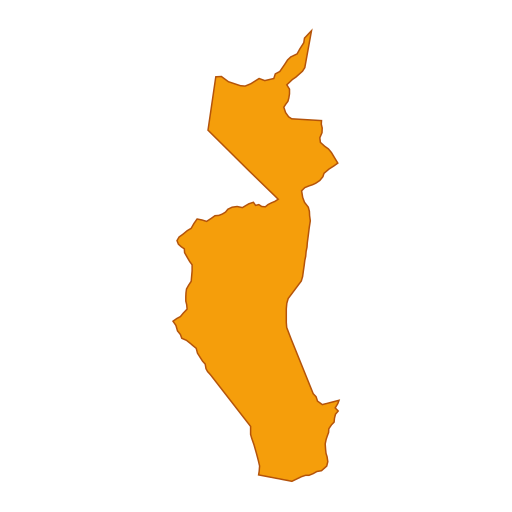 the district of Mamanguape, Paraíba, Brazil
{"feature_id": "56859067B20105747744609", "entity_name": "Mamanguape", "entity_type": "district", "adm_level": 2, "iso_a3": "BRA", "parent_name": "Brazil", "parent_adm1": "Paraíba", "projection": "mercator", "projection_center": [-35.151, -6.705], "detail": "fine", "context": "isolated", "style": "filled", "palette": "amber", "viewbox_px": 512, "rotation_deg": 0, "n_neighbors": 0, "source": "geoboundaries", "source_scale": "gbopen_adm2", "svg_char_len": 2288}
<svg xmlns="http://www.w3.org/2000/svg" viewBox="0 0 512 512"><path d="M273.8,78.5L264.8,80.6L259.1,78.5L250.9,83.7L245.1,86.1L240.4,85.7L228.4,81.7L221.4,76.5L215.8,76.8L208.0,130.2L248.7,170.5L278.2,199.2L274.9,201.4L271.5,202.8L268.1,204.5L265.3,206.8L261.7,206.5L258.8,204.6L255.6,205.4L253.4,202.3L248.8,203.8L242.4,207.6L237.1,206.5L232.1,207.2L227.9,209.2L225.5,212.1L222.4,214.0L218.9,215.4L215.0,215.7L211.2,218.4L206.6,221.4L202.1,220.0L197.1,219.0L194.0,223.4L191.2,228.3L187.3,230.6L183.1,234.1L179.1,237.0L177.0,240.6L178.4,244.2L181.3,246.8L184.3,248.8L184.6,252.7L187.1,257.1L189.8,261.7L192.1,264.8L192.1,270.9L191.2,281.3L188.7,285.1L186.5,289.0L186.0,292.7L185.8,296.7L185.8,301.1L186.7,304.7L187.1,309.1L183.3,313.1L180.4,316.6L176.8,318.5L173.0,321.2L175.9,325.4L177.5,330.9L180.4,334.5L181.8,338.3L186.4,340.3L189.6,342.8L192.9,345.6L196.2,348.3L197.5,353.2L200.4,357.8L202.6,361.2L205.2,364.1L206.0,368.7L207.6,371.6L210.5,374.8L250.6,426.4L250.6,434.4L251.7,438.2L254.0,444.8L256.4,453.2L258.4,460.8L259.6,466.0L259.2,471.2L258.6,474.9L291.9,481.3L301.4,476.7L305.6,475.3L309.0,475.3L313.2,473.6L316.9,471.5L321.5,470.7L326.7,466.1L327.8,461.7L327.1,456.9L326.0,453.3L325.6,449.6L325.2,443.9L326.1,439.5L327.2,436.2L328.6,432.4L328.8,428.8L331.5,424.8L334.1,422.1L334.5,418.1L335.5,414.2L338.2,411.0L335.2,407.9L337.8,403.6L339.0,400.3L322.3,404.6L317.5,401.1L316.1,396.8L313.2,393.7L291.1,339.0L286.7,327.5L286.3,322.4L286.3,314.4L286.3,308.9L286.8,303.3L288.2,298.5L301.3,281.0L302.6,276.6L303.4,270.8L304.2,265.3L304.8,260.4L305.7,256.3L306.1,251.5L307.0,247.1L307.3,242.8L308.3,235.2L309.2,227.9L310.3,220.8L309.6,215.7L309.4,211.4L308.3,207.2L304.5,202.3L302.7,197.5L301.6,190.8L304.8,187.6L309.0,185.9L312.6,184.7L315.8,183.2L319.8,180.5L322.9,176.7L324.0,173.3L329.2,168.9L333.8,166.0L337.8,163.1L334.7,158.0L331.4,152.5L328.4,148.9L324.6,146.2L320.4,142.4L319.8,137.8L322.0,132.7L322.2,128.0L321.3,124.2L321.5,120.6L291.7,118.8L288.6,116.8L285.6,112.6L283.8,107.2L285.8,104.1L287.9,101.3L288.8,98.1L289.5,93.9L289.5,89.2L286.8,84.8L292.4,79.5L295.9,77.1L302.5,71.2L304.8,67.6L311.5,30.7L304.5,38.1L303.8,42.7L299.8,49.0L297.1,53.9L290.8,56.9L287.6,59.9L284.5,64.7L279.8,71.5L275.3,73.9L273.8,78.5Z" fill="#f59e0b" stroke="#b45309" stroke-width="1.5"/></svg>